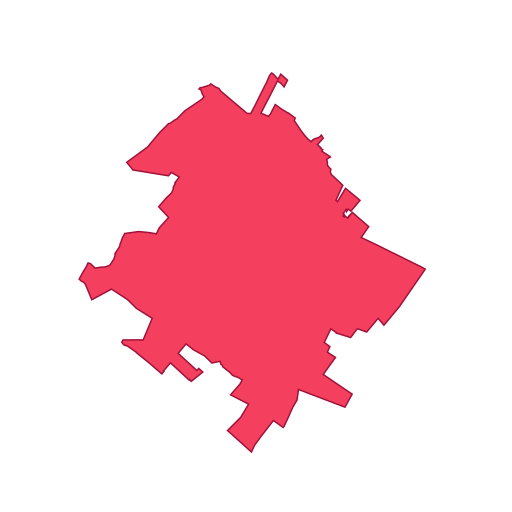 Cansahcab, Yucatán, Mexico, rotated 35°
{"feature_id": "50627088B59546210151388", "entity_name": "Cansahcab", "entity_type": "district", "adm_level": 2, "iso_a3": "MEX", "parent_name": "Mexico", "parent_adm1": "Yucatán", "projection": "equal_earth", "projection_center": [-89.082, 21.167], "detail": "fine", "context": "isolated", "style": "filled", "palette": "rose", "viewbox_px": 512, "rotation_deg": 35, "n_neighbors": 0, "source": "geoboundaries", "source_scale": "gbopen_adm2", "svg_char_len": 3497}
<svg xmlns="http://www.w3.org/2000/svg" viewBox="0 0 512 512"><g transform="rotate(35 256 256)"><path d="M240.1,119.5L239.8,122.1L238.6,124.0L236.3,127.1L235.9,128.2L235.6,130.8L231.5,130.4L228.1,129.7L221.8,127.8L209.6,123.1L209.0,120.5L202.1,120.3L200.3,120.3L200.3,120.5L192.9,121.0L184.9,120.9L186.3,130.9L186.5,132.0L186.2,132.5L186.2,134.4L178.2,136.2L177.3,130.2L176.0,120.4L173.2,100.3L177.4,100.3L179.1,100.7L182.0,101.4L181.5,97.4L181.0,93.9L172.0,92.8L172.0,93.5L172.3,95.2L172.7,98.5L167.1,97.3L163.9,97.0L163.5,100.2L164.2,103.5L165.2,108.3L165.7,112.4L168.8,133.1L170.0,142.2L166.9,144.3L157.5,143.4L146.0,142.4L132.2,141.1L129.4,140.0L125.8,140.8L120.2,140.9L119.9,142.8L119.1,143.8L114.9,149.2L113.7,150.1L113.5,151.9L115.4,151.4L119.0,154.0L122.1,155.5L121.8,158.5L120.4,162.3L114.4,177.9L112.6,188.9L111.2,191.7L109.6,196.6L108.4,197.7L107.9,201.1L106.3,209.6L104.9,225.7L104.9,228.2L96.4,253.4L105.9,256.1L138.3,240.5L138.7,236.1L147.8,235.3L147.6,242.7L148.3,243.0L148.4,244.3L148.8,247.1L149.8,248.6L150.6,252.5L149.7,257.9L149.5,258.3L149.2,260.0L148.6,265.7L148.0,271.5L161.3,274.3L162.3,274.5L160.6,288.4L161.7,295.0L155.8,297.7L155.3,298.0L153.8,298.8L145.8,303.3L135.5,312.9L136.0,315.5L136.0,317.2L136.3,318.3L136.7,319.9L137.0,320.7L137.3,321.8L137.5,323.2L138.7,326.3L138.9,327.1L139.1,335.1L140.1,335.9L141.3,340.1L141.6,346.5L141.2,348.1L138.3,351.9L135.8,353.7L131.1,358.2L124.7,357.2L122.4,358.0L123.2,362.8L123.5,368.6L124.4,376.4L128.0,376.8L129.8,376.3L132.2,376.9L146.6,386.0L156.6,366.0L175.8,365.4L188.0,367.5L206.7,366.6L208.5,374.7L209.9,381.2L211.7,389.4L209.6,390.9L205.7,393.6L201.9,396.3L200.1,397.6L195.2,401.1L195.5,403.6L198.5,404.6L199.4,404.5L201.5,403.7L203.5,403.5L207.8,403.5L212.2,403.5L214.9,403.9L224.1,404.5L228.5,404.8L229.8,404.9L246.5,406.6L246.7,403.1L246.2,403.1L247.2,392.6L265.7,395.1L272.3,396.0L272.3,395.4L274.9,395.8L279.0,381.6L273.6,380.9L273.2,383.7L270.9,383.4L248.1,380.4L249.1,368.1L258.6,368.7L271.3,367.3L281.2,369.0L287.1,362.8L289.1,364.8L291.2,364.9L292.1,365.8L300.8,366.3L305.3,367.2L307.4,366.8L310.5,365.8L315.8,365.4L316.3,370.1L314.8,384.3L334.9,381.6L336.0,396.9L332.8,415.3L364.7,419.2L363.4,411.8L363.6,401.4L364.6,380.8L376.6,380.9L376.7,379.4L375.3,371.3L372.9,358.9L372.2,350.4L367.4,341.0L415.6,328.8L414.0,314.0L393.8,314.3L379.0,314.5L379.3,293.5L369.6,293.8L369.5,293.2L368.5,287.8L361.4,287.7L361.4,287.1L359.1,272.7L365.9,272.7L366.0,273.1L380.3,268.5L380.7,257.5L390.3,254.7L391.8,237.1L395.4,238.0L400.5,239.3L402.5,215.3L402.4,199.8L402.2,169.7L396.9,170.2L392.1,171.0L379.1,173.0L367.7,174.7L365.0,175.2L362.7,175.5L358.9,176.1L355.4,176.6L353.3,176.9L348.8,177.6L331.7,180.5L331.4,180.5L331.6,176.3L331.5,176.2L331.5,167.3L324.1,166.5L318.2,165.9L309.8,165.0L309.6,169.4L309.2,169.3L309.2,169.7L309.1,170.9L309.4,171.0L309.3,172.5L305.9,172.1L305.9,173.4L305.0,173.4L305.0,172.3L304.4,172.7L304.3,171.3L303.1,171.3L303.0,166.0L303.2,165.8L304.7,167.6L304.7,164.7L308.0,164.8L308.3,161.5L308.4,160.6L308.9,155.1L309.3,150.7L303.0,150.2L290.5,149.2L291.2,159.1L291.5,164.7L289.5,164.5L286.5,148.3L282.0,147.6L271.5,146.1L270.7,145.9L269.8,145.3L269.1,144.8L268.1,143.4L267.6,142.0L267.4,141.8L266.7,141.7L265.9,141.7L264.6,141.4L263.1,140.9L262.6,140.7L261.8,139.8L260.7,138.2L259.5,137.2L259.1,136.8L258.4,136.4L259.8,132.9L260.2,132.3L259.8,132.1L249.8,132.4L249.8,130.7L247.1,130.7L247.1,130.1L242.5,129.5L243.5,120.9L240.1,119.5Z" fill="#f43f5e" stroke="#9f1239" stroke-width="1.5"/></g></svg>